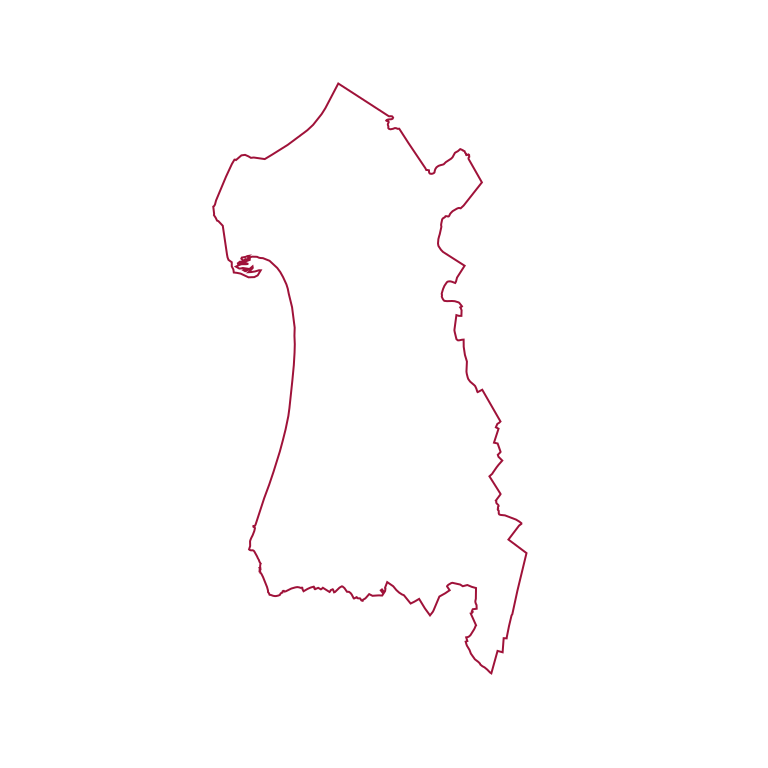 San Bernardo Del Viento, Córdoba, Colombia (orthographic projection), rotated 303°
{"feature_id": "7082276B36183297139579", "entity_name": "San Bernardo Del Viento", "entity_type": "district", "adm_level": 2, "iso_a3": "COL", "parent_name": "Colombia", "parent_adm1": "Córdoba", "projection": "orthographic", "projection_center": [-75.988, 9.323], "detail": "fine", "context": "isolated", "style": "outline", "palette": "rose", "viewbox_px": 768, "rotation_deg": 303, "n_neighbors": 0, "source": "geoboundaries", "source_scale": "gbopen_adm2", "svg_char_len": 6130}
<svg xmlns="http://www.w3.org/2000/svg" viewBox="0 0 768 768"><g transform="rotate(303 384 384)"><path d="M606.4,356.3L618.9,332.2L619.9,331.7L621.0,331.8L621.6,331.1L622.3,330.8L622.5,330.5L622.5,329.7L621.4,329.1L620.9,328.6L620.8,328.4L621.0,327.9L621.8,327.4L622.1,326.1L623.1,324.8L622.8,323.1L623.0,322.8L622.5,320.0L619.6,319.2L617.0,317.8L616.3,317.6L611.5,318.0L609.6,317.6L603.7,315.0L600.8,314.4L600.0,313.8L598.4,312.3L596.6,310.9L594.3,310.0L592.2,310.0L590.6,310.4L588.9,311.1L588.0,310.9L586.9,310.2L586.0,309.2L585.5,308.0L585.5,307.6L585.7,307.1L586.3,306.3L587.7,305.3L586.9,303.4L586.5,302.9L587.5,301.2L599.4,273.3L606.4,257.7L605.5,256.6L605.1,254.7L604.4,253.6L603.1,252.7L601.2,250.8L600.9,250.0L600.7,249.1L601.0,248.2L602.5,247.3L603.5,246.0L604.3,245.6L606.0,245.4L606.4,245.1L606.6,244.6L606.1,242.7L606.2,242.4L606.9,242.5L608.1,243.4L610.1,246.0L611.1,246.7L612.3,246.6L612.9,245.2L612.4,244.0L611.3,242.5L611.2,242.0L611.1,182.0L583.4,184.6L576.4,184.7L562.7,183.4L555.1,181.5L532.1,173.0L515.3,165.2L507.7,161.5L503.0,151.4L501.2,149.2L501.1,146.4L500.5,142.7L498.1,139.9L491.2,137.9L491.1,136.9L490.7,136.4L485.7,136.6L471.7,138.6L446.4,143.2L442.5,144.5L440.8,144.6L439.8,144.2L434.1,148.9L433.0,149.4L431.8,152.2L430.1,155.0L430.4,156.4L428.9,162.6L407.1,181.8L405.0,183.8L403.4,186.0L403.2,190.0L399.7,192.3L398.0,195.3L395.7,197.3L397.1,200.1L398.5,203.6L399.7,212.3L403.0,217.0L406.3,218.9L412.2,218.7L411.3,217.2L408.2,214.6L405.5,211.6L404.0,209.5L406.7,210.2L409.9,210.7L411.0,209.7L408.0,208.8L403.5,206.7L403.0,206.1L402.9,204.0L405.9,205.7L404.4,202.4L402.9,201.0L402.0,199.7L401.8,195.9L405.2,197.9L406.9,199.3L409.3,203.0L410.8,204.8L410.0,201.9L407.1,197.5L405.0,196.5L405.6,195.7L408.2,196.6L409.7,199.8L414.9,203.8L416.2,203.1L413.7,200.9L413.3,199.8L411.6,199.2L410.3,198.3L411.0,197.7L411.4,196.1L412.6,195.9L415.2,198.7L416.8,199.7L417.8,200.8L416.7,200.5L416.1,201.1L417.0,202.3L419.0,204.1L421.5,208.2L421.8,210.3L422.4,211.8L423.6,213.9L425.0,220.9L423.2,231.2L421.4,236.0L418.7,241.1L414.4,247.9L411.5,251.4L407.8,255.0L398.3,265.1L382.6,278.4L375.7,282.6L368.8,287.5L361.6,291.9L350.7,298.1L336.7,305.4L312.3,317.8L305.1,321.2L292.3,326.2L281.8,329.8L270.7,333.4L250.4,339.1L237.2,342.5L223.0,345.7L196.0,352.9L194.4,352.9L193.8,351.8L193.5,351.9L193.1,352.3L193.1,353.9L192.8,354.3L190.0,355.3L185.7,356.2L182.8,356.5L180.6,356.9L179.2,357.3L175.2,360.0L171.8,360.9L171.7,361.7L172.0,363.0L173.0,364.4L173.2,365.3L173.0,366.3L170.3,371.4L168.8,373.7L168.6,373.5L168.7,373.8L168.4,374.7L167.1,376.4L166.2,378.3L166.0,378.2L163.6,379.4L162.6,380.2L162.0,379.7L161.7,380.1L162.2,380.6L161.1,381.5L160.7,381.5L160.3,381.0L159.2,381.6L159.4,381.9L159.3,382.3L158.4,382.9L158.5,383.2L157.9,384.8L156.2,387.7L150.0,396.5L147.6,399.2L146.3,400.1L145.9,401.4L144.9,402.8L145.4,403.9L146.0,406.4L146.6,407.8L147.2,408.8L148.9,410.5L150.3,411.5L152.2,411.4L153.8,412.4L154.8,411.9L155.6,412.1L156.0,412.7L155.7,413.6L156.6,414.5L162.0,417.7L165.0,420.3L166.4,421.8L167.2,423.5L167.6,425.1L168.6,426.2L168.5,426.6L167.5,427.4L166.4,429.4L170.5,431.5L173.3,433.3L175.7,435.4L174.8,436.8L175.2,436.8L174.6,438.1L177.2,439.8L177.4,442.9L178.2,443.3L179.8,443.7L179.9,451.6L180.7,451.8L182.1,451.6L183.9,452.8L183.7,453.4L182.1,455.6L182.9,456.2L189.0,457.6L191.3,458.8L191.6,459.5L191.3,462.0L189.6,466.1L190.6,467.8L190.5,469.7L189.9,471.5L187.7,475.4L188.0,475.9L190.3,477.1L190.3,477.6L189.9,478.2L190.1,478.9L191.1,480.5L191.1,480.9L190.2,482.9L190.4,483.9L190.6,484.2L191.6,483.9L193.7,485.0L194.9,485.3L199.7,486.0L200.1,489.7L203.8,494.6L205.6,497.7L207.8,497.7L209.2,493.7L210.6,494.2L209.5,497.7L210.9,497.7L212.0,497.2L213.4,496.5L213.5,495.9L219.6,494.6L219.4,501.9L217.9,506.6L217.3,510.3L217.3,513.8L217.7,515.7L214.4,525.9L217.9,528.0L222.9,530.5L218.1,540.5L215.0,548.6L219.3,549.0L220.9,548.9L235.9,546.2L241.8,549.3L246.8,551.4L248.6,547.1L249.1,547.0L250.6,547.3L253.6,548.8L254.5,549.6L257.3,557.1L257.3,560.2L260.8,563.4L261.7,568.2L263.0,572.3L253.9,578.0L251.8,578.8L251.0,579.3L249.9,580.5L249.0,582.0L246.0,584.1L243.4,581.1L241.2,581.5L241.1,582.5L239.5,582.3L238.8,581.7L231.7,592.7L231.0,592.6L228.3,593.1L226.9,593.2L220.4,593.3L218.5,592.8L217.5,592.2L216.3,590.9L213.8,593.9L212.4,592.8L210.5,595.0L209.7,596.1L207.5,600.6L205.2,603.7L202.6,610.2L202.3,614.4L201.9,616.3L201.8,616.8L201.2,617.5L200.9,620.2L201.1,622.7L200.7,626.1L199.8,630.1L199.8,631.6L222.0,624.6L223.6,629.6L236.0,622.8L237.5,625.4L238.7,624.8L249.0,620.7L259.4,617.0L260.8,617.0L283.2,608.5L319.8,595.6L321.3,573.1L338.9,574.4L341.5,575.4L342.1,575.0L342.3,572.4L342.2,568.6L339.7,557.0L337.8,553.3L337.4,551.9L337.5,551.4L338.0,550.7L340.1,549.3L340.4,548.9L340.4,548.2L341.0,547.5L341.8,547.5L342.8,546.6L344.1,546.6L344.4,546.3L344.7,545.9L345.3,543.3L345.6,542.8L347.0,541.9L347.1,541.3L355.0,541.8L355.3,541.6L364.0,522.7L367.8,523.7L368.6,523.6L375.4,523.8L378.8,524.1L384.2,524.9L385.3,519.7L386.6,518.0L390.2,518.8L390.6,518.7L396.0,511.7L394.7,508.2L408.9,504.4L408.6,501.4L412.3,500.8L414.2,501.7L416.0,502.1L432.7,469.5L428.2,467.0L428.3,466.5L430.3,464.1L431.9,461.6L432.2,460.3L432.9,455.0L434.0,452.1L435.0,450.7L437.6,447.9L439.3,446.4L448.0,441.3L452.5,436.0L458.6,430.6L464.6,426.6L463.6,425.3L461.7,423.4L460.9,422.3L460.9,421.4L461.1,420.3L466.1,415.0L467.5,413.7L481.2,407.2L482.0,409.8L483.3,411.8L488.1,408.9L489.4,407.1L489.8,406.2L490.9,406.9L491.6,407.1L493.0,403.1L493.1,402.2L492.0,398.3L490.7,395.9L487.8,391.7L486.6,389.3L486.9,388.0L487.5,386.7L488.7,384.9L490.2,384.2L491.0,383.3L491.8,383.0L495.8,381.8L499.3,381.2L503.5,381.3L504.4,381.6L505.0,382.1L506.1,383.5L506.7,385.1L507.5,388.7L509.1,388.6L513.0,387.3L527.1,387.2L526.9,361.6L527.6,358.6L529.0,355.4L529.5,354.4L531.2,352.8L535.1,350.7L538.1,349.7L539.9,349.2L546.6,346.7L547.4,346.3L548.4,345.3L549.9,344.6L553.8,343.1L554.6,343.2L555.7,343.4L556.1,343.8L557.1,344.2L558.2,344.2L558.9,345.2L559.4,346.6L559.9,347.0L560.4,347.1L562.6,346.8L563.8,346.9L566.3,347.4L570.9,349.7L572.0,350.5L572.5,351.0L573.1,352.6L577.0,353.6L606.4,356.3Z" fill="none" stroke="#9f1239" stroke-width="2"/></g></svg>